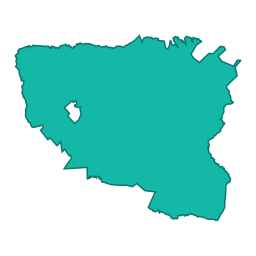 the district of Chegutu, Mashonaland West, Zimbabwe
{"feature_id": "62879985B20095614329171", "entity_name": "Chegutu", "entity_type": "district", "adm_level": 2, "iso_a3": "ZWE", "parent_name": "Zimbabwe", "parent_adm1": "Mashonaland West", "projection": "albers", "projection_center": [30.348, -18.189], "detail": "fine", "context": "isolated", "style": "filled", "palette": "teal", "viewbox_px": 256, "rotation_deg": 0, "n_neighbors": 0, "source": "geoboundaries", "source_scale": "gbopen_adm2", "svg_char_len": 5688}
<svg xmlns="http://www.w3.org/2000/svg" viewBox="0 0 256 256"><path d="M201.4,41.6L201.0,40.7L199.5,40.4L198.5,38.8L197.2,38.8L196.7,39.5L196.2,38.6L193.2,37.5L192.6,39.9L193.1,41.6L192.9,42.9L192.6,41.7L191.5,40.2L191.4,38.5L190.8,37.8L188.6,37.1L188.2,37.5L187.0,36.5L186.0,36.6L184.7,38.5L184.7,39.5L186.0,42.9L186.1,44.4L184.9,42.8L184.2,42.9L183.9,41.9L183.0,41.0L182.2,42.0L181.4,41.3L181.8,40.2L180.9,40.3L180.0,39.5L178.1,39.2L177.9,38.7L178.3,37.4L177.1,36.9L176.4,37.2L175.4,36.6L173.3,38.0L173.2,38.8L173.8,39.8L174.0,41.5L176.4,44.1L177.9,46.8L178.0,47.7L177.0,46.2L175.4,44.8L173.5,44.8L172.8,45.2L172.0,44.6L170.9,41.2L170.4,40.8L169.9,41.8L169.7,44.6L168.7,47.5L167.7,48.9L167.1,49.0L165.2,46.9L164.3,41.1L157.7,40.4L158.4,38.9L157.5,38.4L155.1,38.2L152.6,38.8L152.1,38.1L150.9,37.2L149.1,37.6L148.0,37.4L147.5,37.0L143.9,38.0L142.0,41.9L139.3,35.6L135.1,40.1L132.4,42.1L129.3,43.6L128.1,44.7L125.6,45.5L123.7,47.4L121.0,46.4L117.6,46.1L116.0,46.6L114.0,48.3L112.8,47.8L112.4,48.3L111.0,47.5L110.2,47.3L108.5,47.6L107.4,46.6L105.8,46.0L105.3,46.2L104.8,47.1L103.5,46.6L102.1,47.5L99.3,45.8L97.8,45.7L95.9,46.4L95.4,46.2L95.0,45.5L93.3,45.1L92.7,45.3L91.5,44.4L89.7,44.3L89.8,43.8L85.6,43.6L82.0,44.3L81.2,43.4L80.2,43.1L79.0,43.6L78.6,44.3L77.9,43.9L76.9,43.9L76.7,44.7L75.3,46.3L74.6,46.6L74.4,47.1L73.5,46.8L73.3,47.8L72.4,48.4L71.9,48.1L71.2,47.0L70.3,47.0L69.6,45.5L68.5,45.1L68.5,45.6L66.8,46.0L66.0,44.4L65.7,44.2L65.3,44.9L64.1,44.8L62.0,45.7L61.2,45.6L59.6,46.8L59.5,47.8L58.7,48.3L57.5,47.5L54.9,48.0L54.5,47.5L54.5,46.7L53.0,47.0L52.1,46.2L51.4,46.3L51.0,46.7L51.3,47.9L50.4,47.8L50.0,48.3L48.6,46.3L46.0,46.2L45.4,46.6L44.8,46.3L43.9,46.4L40.8,45.8L39.7,46.0L38.0,45.7L36.8,46.0L36.0,45.4L34.4,46.0L33.4,45.1L32.3,46.3L31.1,46.9L30.3,46.5L29.7,45.8L28.9,45.6L28.1,46.4L28.0,47.5L27.1,46.6L26.3,46.6L22.4,48.3L19.9,48.8L18.3,50.1L18.4,50.8L17.9,51.0L17.9,51.7L18.4,52.6L18.1,53.7L16.9,54.0L16.2,55.0L15.6,55.1L15.4,55.5L15.7,57.1L16.1,57.0L16.5,57.4L16.6,59.7L15.9,61.2L17.0,64.2L16.9,64.7L16.1,65.5L15.8,66.9L18.7,69.7L19.9,76.3L20.3,77.0L21.9,77.7L21.1,78.8L21.1,80.0L21.9,81.0L22.3,80.3L23.4,81.1L24.0,81.9L23.3,84.4L22.6,85.9L22.0,86.0L21.8,86.3L22.6,89.5L22.5,91.4L21.9,93.1L22.6,94.3L23.1,94.3L23.0,94.9L23.4,95.5L23.1,96.7L24.2,97.2L24.2,98.2L25.8,100.2L25.7,101.7L26.7,104.1L26.7,106.0L27.1,106.9L25.7,108.9L25.6,110.0L25.9,110.5L25.6,112.0L26.0,113.3L25.5,114.5L25.6,116.5L26.3,117.5L26.3,118.3L27.8,120.4L28.5,122.2L30.1,122.6L31.2,125.6L32.1,127.1L33.6,127.4L42.7,125.2L43.2,127.5L40.5,130.2L47.9,139.7L50.1,137.8L57.0,145.7L60.6,141.8L62.2,151.9L64.7,149.2L69.2,155.8L70.5,155.3L71.5,158.4L68.0,162.9L64.2,168.8L87.1,167.4L87.4,178.8L89.2,178.3L88.5,177.3L89.1,177.1L90.0,176.0L90.2,176.3L89.9,177.1L90.1,177.4L90.5,177.1L91.3,177.3L91.7,176.5L92.5,176.3L93.0,176.3L94.1,177.5L94.4,177.4L94.0,176.9L94.2,176.7L95.2,177.3L95.6,176.9L96.3,177.6L96.1,176.5L97.5,176.4L98.9,177.1L99.5,176.7L99.6,177.3L99.1,177.3L98.9,178.2L99.6,178.2L99.9,179.0L100.2,179.0L100.4,178.5L101.2,178.7L101.4,181.0L102.0,181.9L102.5,182.1L102.5,181.8L110.7,184.5L121.4,185.4L126.4,185.2L132.5,186.7L136.7,183.5L144.9,190.6L155.3,191.9L148.3,207.4L150.5,209.3L152.5,209.6L153.0,211.1L154.3,211.1L155.3,211.9L157.2,210.9L158.5,209.7L158.8,210.3L158.8,212.0L159.6,212.9L160.3,212.0L161.1,211.8L163.6,212.7L165.8,214.1L165.9,214.5L166.9,214.3L168.3,215.0L168.9,214.3L170.8,216.7L171.0,217.8L172.2,218.1L173.1,219.0L173.7,219.0L174.3,218.3L176.5,218.7L177.1,218.5L177.4,218.0L177.8,218.0L177.5,217.1L178.3,215.4L180.5,215.8L180.9,215.5L181.2,214.8L181.7,215.1L183.0,214.8L183.8,215.1L184.7,216.0L185.4,215.5L185.4,214.8L185.8,214.7L186.9,215.5L187.9,215.5L188.2,214.8L189.9,214.1L192.3,214.2L194.6,215.3L195.7,215.3L196.8,216.3L198.3,217.0L199.3,216.4L200.1,216.4L202.2,217.3L202.9,217.2L205.6,218.1L206.7,218.8L210.0,219.4L211.9,219.1L214.1,219.3L215.3,220.3L217.3,220.4L217.8,220.0L220.1,215.6L220.4,214.3L221.7,213.3L224.5,208.0L224.8,206.3L224.7,202.9L225.6,195.0L225.9,184.6L226.7,184.2L227.9,182.8L229.4,182.2L230.2,181.0L230.0,179.9L230.6,178.8L229.8,177.8L229.7,176.9L228.4,175.7L228.9,174.7L227.1,172.9L226.3,171.5L225.0,171.3L225.0,170.3L224.4,169.5L224.2,168.4L223.0,168.8L222.9,167.1L221.8,166.5L220.0,167.0L218.6,165.2L218.6,164.3L217.1,164.2L217.2,163.6L215.5,163.1L215.0,162.1L214.4,161.9L214.2,161.0L214.6,159.9L213.7,159.7L213.3,158.2L212.1,157.7L211.2,157.7L211.1,154.9L210.1,153.6L208.8,152.9L208.8,150.9L208.0,148.9L208.3,148.8L208.8,147.8L207.9,147.7L208.5,146.2L209.3,145.5L208.9,143.5L208.3,142.7L208.3,141.2L208.5,140.1L209.2,140.0L211.8,138.5L213.2,138.0L214.2,136.0L215.7,135.2L216.2,134.3L217.8,132.9L219.5,132.2L220.7,130.6L220.4,129.7L220.8,129.2L220.8,128.5L222.0,127.7L223.3,125.1L224.5,123.9L224.6,123.4L224.0,122.7L223.0,123.0L222.8,122.8L222.8,121.1L221.7,120.2L220.7,120.0L220.2,119.4L221.4,119.0L222.2,117.9L221.6,117.4L221.9,116.3L222.5,115.5L222.6,114.2L223.8,112.2L223.8,107.1L224.1,106.7L224.7,106.7L225.9,104.9L227.1,104.2L230.7,104.0L231.6,103.3L232.3,103.3L233.1,102.3L232.9,101.9L231.5,101.1L231.4,100.5L230.7,99.9L230.8,97.3L229.1,93.3L229.3,91.6L227.0,88.6L226.4,86.1L237.1,75.8L235.2,67.1L240.6,60.6L240.5,60.3L237.4,60.2L233.5,66.2L221.4,61.2L221.5,60.6L218.1,56.4L225.5,49.8L223.7,46.5L222.1,47.2L220.6,46.2L213.1,53.7L209.0,53.4L199.3,62.5L193.8,58.2L191.0,54.4L196.3,45.2L201.4,41.6ZM75.9,100.5L76.5,100.9L76.5,102.7L76.8,104.2L74.6,105.1L74.7,106.1L75.2,106.8L76.3,107.1L77.4,107.0L78.9,107.5L80.5,107.3L80.0,108.0L80.1,109.9L81.1,113.4L80.9,114.7L78.5,120.3L74.3,123.3L70.2,118.8L67.5,115.5L69.5,113.7L69.5,113.4L64.4,107.6L72.1,100.8L73.1,102.3L74.4,102.0L75.9,100.5Z" fill="#14b8a6" stroke="#0f766e" stroke-width="1.5"/></svg>